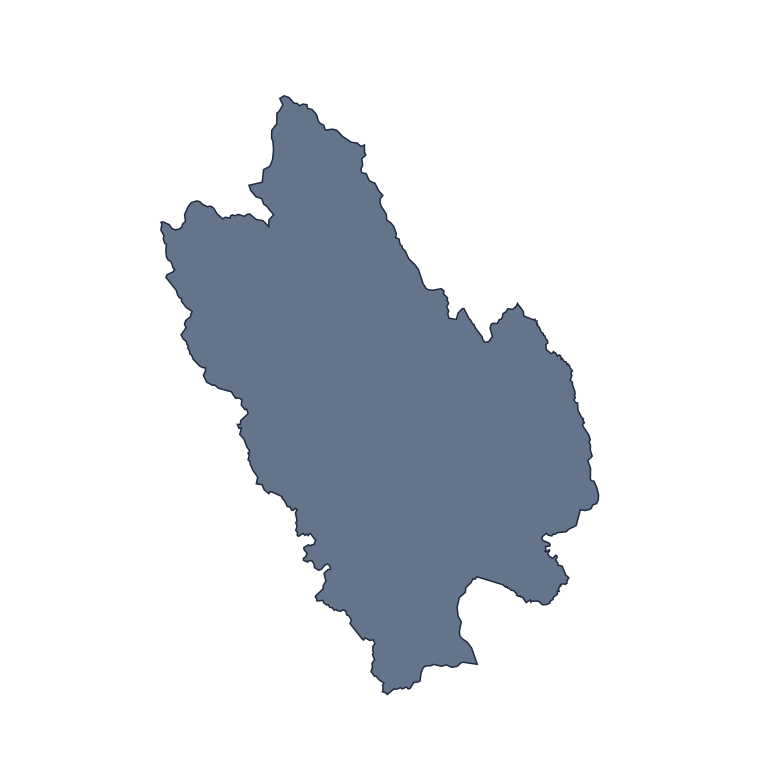 Mariscal Caceres, San Martín, Peru (Natural Earth projection), rotated 347°
{"feature_id": "86281439B62722708065748", "entity_name": "Mariscal Caceres", "entity_type": "district", "adm_level": 2, "iso_a3": "PER", "parent_name": "Peru", "parent_adm1": "San Martín", "projection": "natural_earth1", "projection_center": [-77.093, -7.224], "detail": "fine", "context": "isolated", "style": "filled", "palette": "slate", "viewbox_px": 768, "rotation_deg": 347, "n_neighbors": 0, "source": "geoboundaries", "source_scale": "gbopen_adm2", "svg_char_len": 6159}
<svg xmlns="http://www.w3.org/2000/svg" viewBox="0 0 768 768"><g transform="rotate(347 384 384)"><path d="M535.6,349.2L536.0,344.4L532.1,335.5L530.7,337.8L526.0,340.2L521.6,338.5L518.9,341.2L515.7,342.2L514.2,345.8L512.6,347.3L510.8,347.1L508.0,350.5L503.7,349.3L501.8,350.1L499.9,353.4L500.3,362.0L495.8,366.1L492.8,366.2L491.5,365.7L490.3,363.2L490.2,360.0L485.6,349.9L485.0,346.2L483.9,345.5L482.7,340.9L481.6,339.6L478.9,328.5L477.2,328.2L472.2,331.5L468.9,337.4L462.0,334.4L461.9,329.9L463.5,327.5L462.4,322.8L465.1,320.1L464.4,316.2L465.3,314.5L462.3,309.6L463.4,306.8L461.3,304.0L452.4,303.6L448.1,302.0L446.5,300.2L444.6,294.8L443.3,280.1L441.0,274.8L436.3,267.6L434.6,258.9L432.6,256.3L432.6,253.6L431.1,251.7L431.2,246.1L428.4,244.0L429.8,240.1L428.9,232.6L426.7,228.2L423.5,224.9L424.5,219.2L421.1,209.5L421.0,206.0L422.0,202.7L425.3,200.0L422.3,194.5L420.3,186.3L415.5,182.9L413.9,175.0L410.2,173.4L409.7,172.3L410.2,168.8L412.3,166.4L413.1,159.4L417.8,156.8L417.2,153.9L418.7,146.7L415.0,147.3L412.2,143.3L406.5,141.1L399.3,133.4L395.0,126.1L391.2,124.1L384.0,123.4L383.5,118.2L380.4,115.7L379.1,112.7L379.0,107.3L378.1,104.8L375.5,100.2L371.5,98.3L371.7,94.5L367.9,93.0L364.3,93.9L362.4,90.9L359.7,90.3L355.9,83.5L351.5,80.7L346.7,82.3L348.2,89.3L343.0,94.9L340.6,95.9L338.1,106.3L331.7,111.5L329.7,119.5L330.4,122.1L329.0,131.1L326.0,140.0L322.8,144.9L321.0,146.5L314.9,148.0L310.7,160.0L297.1,160.0L297.7,165.6L301.5,172.8L306.4,175.8L307.3,181.8L309.5,184.1L314.5,194.3L308.8,198.2L307.1,204.6L302.7,197.5L296.8,195.2L291.3,188.1L289.3,187.8L285.4,189.2L280.4,186.0L276.5,186.5L274.4,185.1L272.4,185.6L271.2,187.8L266.9,185.8L264.0,186.8L259.5,180.4L257.9,175.0L256.4,172.8L254.3,171.5L251.7,171.6L247.0,167.4L245.7,165.0L242.8,163.5L237.0,163.9L233.3,166.9L227.8,174.0L227.2,180.7L223.9,182.8L222.1,185.7L219.2,187.0L215.0,186.7L212.2,184.5L210.6,180.4L205.3,176.4L203.1,176.2L203.5,178.2L201.2,183.9L202.9,189.9L201.6,192.8L202.0,197.5L203.3,199.1L201.4,205.4L200.6,211.3L201.4,214.4L204.0,216.9L204.6,223.2L205.7,225.2L204.0,227.2L197.1,228.7L195.5,231.1L202.6,245.8L202.9,250.6L204.1,254.1L206.0,255.3L205.3,257.8L208.4,264.9L213.4,270.2L211.2,272.8L210.7,274.9L205.1,277.5L203.1,280.6L203.7,284.7L197.3,290.5L198.5,294.9L201.0,298.3L200.8,301.1L201.9,302.9L200.8,305.0L202.0,308.0L201.5,310.8L203.1,312.8L203.5,316.6L208.1,324.6L210.7,327.1L213.4,328.0L213.2,330.8L210.0,334.9L211.6,342.4L216.6,346.7L219.0,347.0L221.5,350.8L233.5,357.3L236.1,364.4L239.9,365.2L241.9,367.5L240.2,372.4L242.7,377.7L244.4,377.5L245.0,382.3L236.2,387.3L234.9,391.0L232.0,390.4L232.7,394.7L235.2,394.7L232.1,400.7L235.1,406.0L236.2,414.2L237.9,419.0L237.7,420.0L236.0,420.6L236.6,423.5L234.5,427.2L235.9,429.5L235.6,432.2L237.0,439.0L240.0,446.4L237.1,452.5L242.5,454.7L243.4,459.9L247.1,465.0L249.3,463.2L259.3,470.7L259.0,472.4L260.9,475.8L262.2,481.7L264.6,482.5L265.7,486.2L267.3,486.7L269.5,485.3L271.2,487.0L268.8,489.4L268.4,497.6L266.8,499.4L267.3,503.2L265.1,506.7L266.3,509.3L265.4,511.5L266.4,513.2L271.5,511.4L272.9,513.7L275.1,513.1L276.0,514.7L277.6,513.2L278.8,513.4L282.2,521.1L279.3,524.7L277.5,524.3L276.2,525.1L274.0,523.7L269.0,525.4L268.8,527.2L270.8,531.7L268.9,534.7L266.3,535.6L265.9,537.7L269.5,540.4L271.1,539.2L274.2,540.3L275.3,543.8L274.9,547.2L278.5,550.8L281.4,550.4L285.3,547.4L288.0,546.6L289.8,548.1L290.5,551.0L289.9,552.6L287.7,552.1L283.0,554.9L283.0,563.0L279.3,566.9L278.7,569.8L269.7,575.1L269.2,576.3L270.2,578.0L269.9,580.3L275.8,581.1L276.3,584.2L278.5,586.5L280.0,586.6L280.9,589.4L283.3,590.5L284.5,593.3L286.5,592.8L287.7,594.5L290.9,595.7L293.3,594.8L295.6,596.7L295.7,600.5L297.8,602.3L299.1,606.8L297.0,609.8L305.6,628.0L306.5,628.9L308.6,627.2L312.4,630.6L316.1,631.0L316.6,635.1L314.3,636.9L313.0,641.3L313.4,643.6L311.9,644.9L312.8,650.5L309.5,653.4L308.8,657.8L306.7,661.3L309.0,666.7L310.8,667.2L312.6,671.1L316.7,675.3L314.8,677.3L314.8,680.2L313.3,683.6L316.3,685.4L317.3,687.3L324.7,683.5L328.9,684.3L331.5,683.4L333.1,685.2L337.7,684.3L339.0,686.6L341.0,686.4L345.8,681.5L350.5,682.0L352.4,681.4L355.1,674.0L358.4,669.2L361.1,668.1L366.3,669.0L369.5,668.4L376.4,672.0L381.5,671.7L386.4,675.4L391.9,675.5L396.6,672.9L398.8,673.0L411.8,678.1L410.0,661.1L407.1,654.4L402.7,649.5L401.2,646.3L401.8,642.1L405.8,633.1L404.0,627.1L404.9,618.2L409.4,609.0L416.3,605.3L418.0,600.9L424.4,596.9L426.7,593.9L428.9,594.6L431.3,592.8L454.6,606.3L457.0,609.4L458.1,609.0L458.6,610.7L460.3,611.5L461.1,613.3L464.1,614.7L466.0,618.3L465.6,619.7L467.6,621.3L468.9,620.9L469.2,622.1L471.1,623.2L473.3,629.0L478.0,627.3L478.1,629.6L479.4,629.0L485.6,630.3L488.7,634.7L492.7,635.5L496.2,634.8L497.8,632.5L500.1,632.1L501.0,629.9L505.6,627.9L506.2,625.1L508.0,625.5L507.9,623.0L509.9,620.4L510.9,620.7L510.9,618.9L514.6,619.2L515.3,620.1L517.5,619.2L518.0,617.0L520.5,614.4L518.1,610.9L516.6,601.5L512.9,599.7L513.2,597.7L511.5,593.9L513.5,592.2L513.9,590.5L512.7,589.5L509.3,591.8L506.6,589.4L505.5,586.8L505.6,585.5L507.7,584.0L507.6,582.6L504.1,583.9L503.3,583.4L504.5,581.7L504.8,578.8L508.9,579.2L509.7,578.1L509.1,576.1L503.6,572.2L503.2,570.4L504.0,568.3L508.8,566.0L509.9,568.2L513.3,569.8L515.0,568.4L516.8,568.9L519.5,567.9L528.3,568.9L531.5,567.0L539.4,565.2L547.0,550.7L551.0,552.4L555.4,552.6L558.1,551.8L560.0,548.8L564.1,548.4L566.6,545.3L568.1,540.6L568.0,532.5L566.7,526.0L564.2,524.8L563.7,523.0L566.3,512.6L565.4,504.4L570.7,501.1L570.1,494.9L571.3,490.7L570.9,486.2L572.5,484.8L572.1,479.8L568.4,469.9L568.5,467.7L570.5,466.9L569.7,463.6L570.5,462.8L569.1,461.4L567.1,453.1L568.4,446.1L566.7,445.4L565.3,442.2L567.4,440.4L566.9,437.6L567.8,437.1L568.3,434.6L567.5,426.8L568.0,424.7L566.3,422.3L569.0,417.9L568.5,416.7L569.2,414.5L570.6,413.7L569.0,410.5L568.9,408.1L567.6,405.6L566.7,406.1L566.4,403.3L564.4,402.5L563.5,399.2L562.2,399.7L562.5,396.5L561.0,395.0L559.2,395.9L558.3,392.6L556.2,390.5L555.3,391.9L553.6,391.8L549.9,386.9L550.6,381.9L552.8,380.9L553.1,378.2L551.8,376.6L551.6,373.4L550.4,372.5L550.7,370.8L548.9,368.8L548.1,363.8L546.4,361.1L547.2,360.3L546.5,358.9L547.1,357.1L546.3,357.3L545.5,354.8L544.1,355.1L535.6,349.2Z" fill="#64748b" stroke="#1e293b" stroke-width="1.5"/></g></svg>